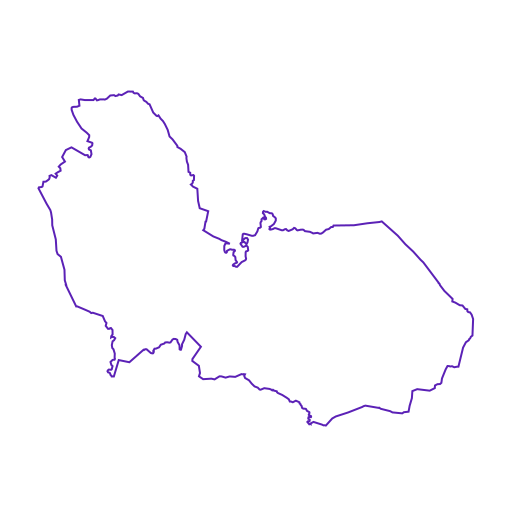 the district of Grāveru pag., Aglonas, Latvia, rotated 265°
{"feature_id": "27541924B82032985792031", "entity_name": "Grāveru pag.", "entity_type": "district", "adm_level": 2, "iso_a3": "LVA", "parent_name": "Latvia", "parent_adm1": "Aglonas", "projection": "albers", "projection_center": [27.156, 56.054], "detail": "fine", "context": "isolated", "style": "outline", "palette": "violet", "viewbox_px": 512, "rotation_deg": 265, "n_neighbors": 0, "source": "geoboundaries", "source_scale": "gbopen_adm2", "svg_char_len": 6049}
<svg xmlns="http://www.w3.org/2000/svg" viewBox="0 0 512 512"><g transform="rotate(265 256 256)"><path d="M353.8,57.3L352.2,57.3L350.6,56.6L350.0,55.8L348.5,53.3L348.4,52.6L348.5,50.7L343.9,49.4L343.4,48.5L343.3,45.7L342.4,45.2L326.4,51.9L319.7,55.1L317.3,55.6L310.1,56.1L304.3,55.7L290.0,58.0L278.6,57.7L275.2,58.5L272.2,61.6L259.0,64.0L248.4,63.4L243.7,64.4L243.6,64.0L221.4,72.5L221.4,73.5L217.2,81.4L215.0,85.4L213.5,86.9L213.7,88.5L209.6,98.1L204.1,99.9L202.3,101.2L199.5,100.2L196.3,102.3L196.3,103.8L196.8,104.3L196.9,105.2L194.8,106.6L190.4,106.3L188.7,104.8L187.6,104.6L187.9,105.1L187.8,107.2L186.4,108.6L184.4,107.2L183.5,105.7L179.8,104.6L176.9,104.8L175.5,105.9L171.1,106.8L167.2,106.3L165.8,106.5L165.0,106.0L165.1,104.8L164.9,104.0L163.1,101.8L160.1,102.4L158.8,103.5L155.7,102.4L155.3,101.7L155.7,99.5L155.0,98.5L154.2,98.0L153.0,98.5L152.4,100.0L151.8,100.4L150.2,100.7L149.4,101.5L148.6,101.7L148.4,103.9L164.3,110.2L161.2,120.6L172.4,135.8L172.1,136.2L172.8,137.5L172.6,138.9L168.5,142.8L168.0,144.3L168.1,145.1L169.3,145.8L170.3,145.9L170.1,145.4L170.5,145.4L172.5,146.8L172.4,148.1L173.5,151.5L175.9,153.4L176.8,157.0L177.8,158.0L177.8,160.0L177.2,162.3L177.4,163.3L180.0,165.5L180.6,166.8L180.3,168.7L179.4,170.2L177.3,170.4L173.7,172.0L169.7,171.8L169.2,172.4L169.2,173.1L172.9,174.5L174.5,174.6L178.8,177.2L184.4,179.2L186.0,180.5L170.4,193.2L158.9,183.7L157.0,183.4L151.6,189.5L144.3,190.0L141.1,188.7L137.9,192.6L137.7,200.8L136.7,204.0L139.3,209.1L139.1,211.0L137.5,215.1L138.3,219.3L137.4,224.8L139.6,231.2L139.3,232.2L139.4,233.4L139.1,234.7L137.6,233.8L135.4,234.5L132.8,238.2L129.2,240.6L126.2,243.2L124.7,246.3L122.7,247.9L122.4,248.9L123.6,252.7L122.4,257.9L121.7,259.3L120.7,260.5L120.6,261.1L121.1,261.4L120.2,262.5L119.4,264.9L118.4,265.1L117.6,265.9L115.3,270.0L111.9,274.5L110.4,276.2L108.1,277.0L108.0,278.1L107.1,279.9L108.4,283.1L106.5,286.5L105.2,286.6L104.6,287.4L103.6,287.6L102.6,288.4L100.8,288.6L99.8,289.8L99.6,291.5L99.3,292.4L97.3,293.3L95.8,295.5L95.0,295.6L93.2,294.7L92.7,295.0L91.9,296.7L91.0,296.9L90.7,296.7L91.1,294.8L90.8,294.2L89.4,293.9L88.3,295.2L87.1,295.1L86.8,294.8L86.8,293.3L86.2,292.7L83.7,294.4L84.0,295.5L83.8,295.8L84.4,295.8L85.7,298.8L82.3,307.0L81.4,308.5L81.4,309.7L81.0,310.8L87.5,317.8L89.2,321.5L92.1,334.1L96.4,348.8L97.0,350.0L97.4,351.9L93.9,365.3L94.1,365.5L92.9,367.0L89.7,376.2L88.3,378.3L86.5,388.0L87.5,389.7L87.6,394.4L93.4,396.0L100.8,398.9L107.8,400.0L109.3,405.0L106.7,417.3L108.8,422.6L111.4,423.0L112.5,425.6L112.4,428.2L113.5,429.6L117.8,430.6L126.6,435.1L129.7,437.2L129.5,438.7L129.0,439.9L129.1,441.7L127.9,443.8L128.2,446.6L128.1,448.0L146.7,454.3L151.8,457.6L153.5,460.6L154.6,461.1L155.2,462.1L156.8,463.0L157.9,464.7L174.3,466.8L178.8,465.7L181.2,464.3L181.6,462.6L182.5,461.8L184.5,461.8L185.0,459.9L188.7,457.4L189.2,454.7L192.2,450.5L193.6,447.6L196.1,448.1L204.8,440.6L210.8,436.8L212.3,436.4L212.9,435.7L213.1,435.8L235.1,422.1L237.9,419.6L246.7,413.0L254.7,405.8L263.9,399.0L279.5,384.3L279.1,381.9L278.9,369.8L278.1,356.3L279.6,335.9L278.2,335.0L278.3,333.4L276.5,330.8L276.1,328.1L273.6,324.8L272.7,323.1L272.6,321.6L273.7,319.3L273.5,314.9L274.0,314.3L275.4,311.8L276.5,306.9L277.9,305.7L278.2,304.9L278.3,302.9L277.9,299.6L278.2,299.0L280.2,297.5L280.7,296.4L279.4,294.8L278.1,290.7L278.8,289.4L280.2,288.3L280.2,287.3L279.3,285.1L279.4,283.9L282.0,278.0L282.1,276.8L281.4,275.3L281.0,272.9L281.1,272.2L281.7,271.7L282.7,272.4L283.9,272.1L284.3,273.5L286.3,276.6L289.6,278.8L291.7,279.0L292.6,278.5L294.5,276.5L296.1,276.3L297.0,275.7L297.3,274.8L297.4,273.5L299.1,271.0L299.2,269.4L300.1,267.6L299.5,266.9L298.1,266.6L296.7,267.8L294.5,268.4L293.1,269.3L292.1,269.3L291.7,268.6L291.8,267.5L292.3,267.2L293.4,267.4L293.7,266.7L292.1,264.7L290.4,264.6L289.1,263.5L288.2,263.3L284.5,263.4L283.8,262.5L283.7,261.2L283.4,260.7L280.4,259.5L276.8,256.9L276.4,254.9L276.5,253.6L278.5,248.5L279.2,246.2L279.2,245.3L278.7,244.7L272.7,243.5L272.7,244.2L274.5,246.3L274.8,247.4L274.6,248.7L273.0,249.5L270.3,248.7L268.5,247.5L270.9,245.8L271.2,245.2L270.3,242.0L269.5,241.6L266.4,243.4L266.2,244.1L266.3,244.9L267.1,247.1L266.7,247.9L265.8,248.6L262.3,248.7L261.8,248.1L261.4,246.4L260.6,246.0L256.6,245.6L254.2,245.9L253.2,245.5L252.5,244.5L251.2,241.2L246.9,236.3L247.0,235.2L247.8,234.0L248.0,232.5L248.8,232.1L249.4,232.5L250.4,234.2L251.0,236.3L251.5,236.6L253.7,235.3L256.7,235.3L257.8,234.6L258.5,233.5L259.1,233.4L261.8,234.0L262.9,235.4L263.5,235.5L264.2,234.6L264.3,232.8L264.9,231.3L264.9,230.5L263.7,227.6L262.2,227.2L261.8,226.5L262.1,225.8L262.8,225.3L264.8,224.9L268.8,225.3L270.9,226.5L271.2,227.8L270.5,231.0L272.8,227.2L274.8,223.0L276.3,220.9L279.2,215.2L286.3,205.7L287.6,206.9L294.6,208.7L294.7,209.3L304.8,212.3L308.5,204.1L315.9,203.1L328.1,203.4L330.6,199.3L332.9,197.4L333.5,198.5L334.6,199.4L336.4,199.6L337.1,200.8L341.3,201.3L342.1,200.7L341.9,198.5L342.1,198.0L342.7,197.6L344.7,197.7L345.7,196.1L352.8,196.3L356.0,195.4L359.7,195.2L361.1,195.5L365.7,194.1L369.4,190.2L371.4,187.2L372.7,187.2L379.5,183.0L382.6,180.3L389.4,179.0L395.4,176.7L398.5,175.1L401.2,172.9L404.6,171.1L404.0,170.0L404.3,169.1L407.9,166.1L416.4,163.2L417.0,161.8L419.1,160.2L420.5,158.2L421.3,157.6L423.3,157.2L425.2,154.4L427.8,152.9L428.5,151.6L428.6,149.2L429.3,148.2L430.5,147.7L431.0,142.7L428.0,136.2L428.9,133.2L427.9,132.2L427.6,129.9L428.6,128.6L428.6,124.8L425.7,121.1L425.0,119.0L425.3,118.1L425.6,114.1L425.1,112.5L424.9,111.1L426.9,109.8L427.0,109.1L425.5,107.7L426.3,98.9L427.3,94.9L426.9,93.1L421.1,93.2L420.3,90.7L420.5,86.9L420.1,85.6L419.5,85.2L417.6,85.1L412.5,86.4L405.4,89.4L398.2,93.3L393.6,98.1L390.9,100.4L389.1,100.2L385.1,98.1L383.1,102.6L382.6,102.9L380.4,102.4L379.2,100.9L378.5,99.1L377.8,98.7L376.7,98.9L375.6,100.7L371.8,101.0L369.2,99.6L368.7,98.7L368.8,98.1L369.1,97.7L371.2,97.1L371.3,94.5L380.2,81.8L380.3,81.6L378.1,75.8L371.5,71.5L366.7,73.9L364.2,69.4L362.2,67.3L360.5,68.7L358.0,68.8L356.7,65.8L355.5,63.6L353.4,65.0L351.4,63.5L354.4,59.2L353.8,57.3Z" fill="none" stroke="#5b21b6" stroke-width="2"/></g></svg>